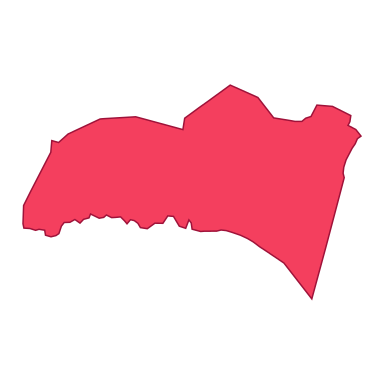 Nova Cruz, Rio Grande do Norte, Brazil (Robinson projection)
{"feature_id": "56859067B97026747899103", "entity_name": "Nova Cruz", "entity_type": "district", "adm_level": 2, "iso_a3": "BRA", "parent_name": "Brazil", "parent_adm1": "Rio Grande do Norte", "projection": "robinson", "projection_center": [-35.448, -6.46], "detail": "fine", "context": "isolated", "style": "filled", "palette": "rose", "viewbox_px": 384, "rotation_deg": 0, "n_neighbors": 0, "source": "geoboundaries", "source_scale": "gbopen_adm2", "svg_char_len": 1255}
<svg xmlns="http://www.w3.org/2000/svg" viewBox="0 0 384 384"><path d="M50.8,152.3L30.7,191.3L23.6,205.5L23.0,223.8L23.9,228.1L29.9,228.5L35.6,230.3L39.0,229.3L44.7,230.2L45.5,235.2L51.0,236.8L55.9,235.6L58.9,233.6L61.4,226.1L64.2,222.5L69.9,222.3L74.9,219.5L80.0,223.1L83.6,219.3L89.0,217.9L90.5,214.0L99.2,218.2L103.7,217.4L106.4,215.0L111.6,217.6L115.5,217.4L120.6,216.9L124.5,220.8L127.0,223.8L130.5,219.7L134.3,220.6L137.9,223.3L140.4,227.6L147.3,228.7L154.9,223.2L162.9,223.3L167.8,215.9L173.5,216.4L179.3,226.2L185.7,228.3L188.9,219.9L191.2,222.9L192.1,229.2L200.7,231.5L204.3,231.2L209.0,231.2L213.3,231.1L216.7,231.1L221.1,230.0L226.3,230.6L231.9,232.3L240.4,235.2L247.5,238.5L253.2,241.9L259.7,246.8L265.5,250.6L283.9,263.0L311.8,298.9L325.6,248.1L327.7,240.2L338.8,198.2L344.2,177.7L343.1,173.2L343.8,167.1L346.1,159.8L352.1,148.3L355.2,143.8L357.4,138.7L361.0,136.1L355.8,129.5L348.0,125.4L349.9,121.7L350.8,115.6L332.5,106.4L316.9,105.1L311.0,116.5L305.7,118.2L301.9,121.4L294.9,121.4L289.9,120.5L273.7,117.9L257.9,97.5L230.2,85.1L207.3,101.8L199.0,107.7L184.7,118.2L182.9,129.6L143.9,119.0L135.7,116.8L103.5,118.7L100.1,119.0L80.9,128.0L68.1,134.0L58.6,142.5L51.8,140.6L50.8,152.3Z" fill="#f43f5e" stroke="#9f1239" stroke-width="1.5"/></svg>